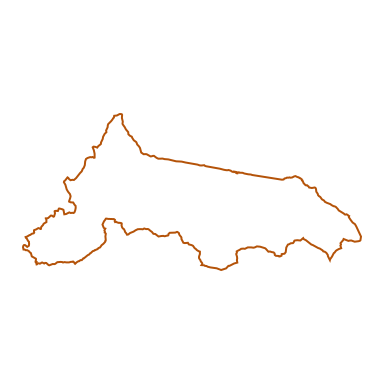 Cubarral, Meta, Colombia (Mercator projection)
{"feature_id": "7082276B4656793666603", "entity_name": "Cubarral", "entity_type": "district", "adm_level": 2, "iso_a3": "COL", "parent_name": "Colombia", "parent_adm1": "Meta", "projection": "mercator", "projection_center": [-74.097, 3.859], "detail": "fine", "context": "isolated", "style": "outline", "palette": "amber", "viewbox_px": 384, "rotation_deg": 0, "n_neighbors": 0, "source": "geoboundaries", "source_scale": "gbopen_adm2", "svg_char_len": 5961}
<svg xmlns="http://www.w3.org/2000/svg" viewBox="0 0 384 384"><path d="M349.1,216.2L348.7,216.2L348.1,215.3L346.6,214.3L345.3,214.6L344.7,214.4L343.9,213.6L338.7,210.4L337.8,209.0L335.8,206.9L334.5,206.3L333.6,206.2L331.4,205.0L330.5,204.2L326.8,202.8L324.9,201.8L324.1,200.6L321.9,199.3L320.3,197.0L318.8,196.0L318.0,195.0L317.7,193.7L316.3,191.7L316.0,189.0L315.4,187.8L314.6,187.5L311.9,188.0L309.1,187.5L308.5,186.4L307.6,185.8L307.3,185.4L306.9,185.2L306.2,185.4L305.8,185.3L305.0,184.7L304.2,183.7L303.7,183.4L302.5,180.5L301.9,180.4L301.8,179.4L300.9,178.7L300.1,178.1L299.5,178.1L298.7,177.3L297.5,177.1L295.5,176.1L294.2,176.4L292.1,177.5L290.4,177.7L289.6,177.4L288.4,177.7L287.0,177.6L285.9,178.2L284.5,178.5L283.6,179.5L282.0,179.7L252.2,175.0L250.8,174.5L248.3,174.3L244.3,173.5L242.6,172.8L239.3,172.7L239.0,172.3L238.2,172.3L237.8,172.5L237.5,173.3L236.9,173.3L236.4,173.1L236.7,172.4L236.6,172.1L235.4,171.8L234.2,172.1L233.8,171.5L232.9,171.9L231.6,171.4L230.8,170.7L228.5,170.0L227.8,170.2L226.3,170.2L224.0,169.8L219.8,168.7L206.4,166.3L205.2,166.0L204.2,165.2L201.5,165.5L199.8,165.4L197.5,164.6L185.5,162.5L181.6,161.6L176.1,161.3L168.3,159.4L164.5,159.1L162.7,158.6L158.3,158.7L156.5,157.8L154.0,155.9L152.9,155.9L151.6,156.3L150.5,156.4L146.8,154.3L145.9,154.1L143.6,154.2L141.2,152.5L140.0,148.0L139.0,146.4L137.2,144.5L136.4,142.3L135.9,141.8L133.8,140.3L132.2,137.8L131.8,136.7L130.0,135.8L128.4,134.3L128.2,132.1L125.9,129.4L124.7,127.1L122.7,124.3L122.5,123.5L122.8,121.8L122.6,120.8L121.9,118.0L122.1,114.9L121.7,114.2L120.1,114.0L119.5,114.1L116.9,115.5L114.2,115.8L113.9,117.6L113.0,118.4L112.6,119.3L111.1,121.2L108.2,124.1L107.8,125.3L107.6,127.3L106.1,130.5L106.4,132.2L104.7,133.8L103.1,136.8L102.7,139.0L101.0,142.5L100.9,143.9L100.7,144.2L98.3,146.1L97.2,147.6L95.8,147.0L94.1,146.7L93.4,146.7L92.7,147.3L93.9,150.4L94.6,153.8L94.6,157.6L94.0,157.8L92.5,157.0L91.3,157.3L90.2,157.1L87.5,158.0L86.0,159.0L85.2,161.3L84.8,165.2L83.7,167.9L82.8,168.8L81.7,171.4L80.1,173.0L76.1,178.1L73.9,180.0L72.5,179.8L70.5,180.2L68.9,178.9L68.3,177.9L67.5,177.4L65.2,180.4L64.1,181.3L63.9,182.2L65.4,184.8L66.7,189.4L68.1,191.8L69.9,194.0L70.6,196.2L70.2,198.0L69.1,201.2L69.1,201.6L70.6,202.3L73.2,202.5L74.5,204.7L75.6,205.9L75.7,207.9L75.2,210.4L74.4,212.4L73.5,213.0L72.4,212.8L70.7,213.0L69.3,212.4L66.1,214.0L64.3,214.3L63.5,210.0L62.7,209.4L59.5,208.5L59.0,208.5L58.8,208.7L57.9,211.0L56.1,210.8L54.7,211.1L54.6,211.4L55.0,213.3L54.1,216.4L53.4,216.7L51.8,215.6L50.8,215.6L48.2,218.0L47.2,218.3L45.8,218.3L45.8,218.6L46.4,219.4L46.4,222.1L44.0,223.5L43.5,224.0L42.9,225.2L41.7,226.4L41.2,227.1L40.9,228.9L40.4,229.0L39.5,228.4L38.3,228.1L36.2,229.4L34.2,230.1L34.0,230.3L34.0,231.6L34.2,232.6L33.7,233.3L31.8,233.8L30.3,234.9L29.5,235.1L27.0,236.6L25.6,237.0L25.8,237.7L26.9,238.7L27.9,240.7L28.9,241.7L29.1,244.0L28.9,245.7L27.2,246.9L25.3,245.2L24.2,245.0L23.8,245.2L23.3,245.9L23.0,247.2L23.5,249.5L24.6,249.5L25.7,250.2L27.2,250.2L28.8,251.1L30.0,252.5L30.9,253.1L31.8,256.4L35.9,258.7L36.0,259.5L35.5,261.9L35.7,262.2L36.4,261.7L36.7,261.9L36.4,263.4L36.6,264.4L37.0,264.3L37.6,263.5L38.8,263.3L39.9,263.7L40.9,263.2L41.4,262.7L42.2,262.5L44.2,263.5L45.1,262.9L46.3,263.0L48.6,265.1L49.3,265.3L52.7,264.0L54.5,264.1L55.3,263.8L57.3,262.2L60.7,261.9L62.4,262.1L63.0,262.5L64.5,262.1L66.4,262.4L69.0,262.4L71.1,261.8L72.4,261.9L73.0,261.5L74.4,262.6L74.5,263.2L75.1,263.8L76.8,262.2L78.5,261.2L79.1,261.2L80.5,260.1L81.8,260.1L83.4,258.3L83.8,258.4L87.7,255.2L89.3,254.4L90.0,253.4L90.7,253.1L92.7,251.2L94.2,250.7L94.8,250.1L95.4,250.1L96.6,249.4L97.5,249.2L98.4,248.1L100.1,247.4L101.6,245.2L103.4,243.8L105.1,241.9L105.2,241.1L105.5,241.0L105.7,240.7L105.7,239.4L105.4,236.4L105.8,233.7L105.1,232.7L104.7,232.5L104.9,231.6L104.4,230.4L105.3,228.6L104.3,228.3L103.7,227.7L102.5,224.6L104.0,221.3L105.4,219.5L105.8,218.7L106.6,218.6L108.0,218.9L113.9,219.1L114.9,219.8L114.7,221.3L115.1,222.1L116.2,221.8L117.1,222.4L118.9,222.9L119.8,222.8L121.5,223.2L121.8,223.9L121.5,225.1L122.0,227.1L122.8,228.4L123.9,229.1L124.7,230.6L125.0,231.8L126.4,233.5L127.0,234.7L128.2,234.5L130.1,233.0L133.6,231.6L135.5,230.3L137.8,229.2L141.0,229.1L142.8,229.3L144.2,228.5L146.1,229.1L147.8,229.0L148.6,229.3L150.5,230.9L151.9,231.9L153.4,233.8L155.3,234.0L158.5,236.5L161.4,236.0L163.5,235.9L164.3,236.2L165.0,236.2L167.0,235.6L167.8,235.6L168.3,235.3L168.5,234.0L169.7,232.8L175.3,232.6L177.0,231.9L177.5,232.0L179.0,233.2L179.1,234.1L179.7,235.3L181.1,236.9L181.4,237.5L181.5,239.2L183.4,242.8L184.9,243.1L187.9,242.8L188.8,244.4L191.6,245.1L193.0,245.8L194.6,248.1L196.2,249.3L196.7,250.0L198.7,251.2L199.9,251.6L199.9,254.1L199.1,256.3L199.0,257.6L199.2,258.5L200.3,260.0L200.9,261.6L201.7,262.4L202.3,263.4L202.2,264.0L201.5,265.1L204.2,265.3L205.0,265.9L206.5,266.0L207.6,266.7L210.3,267.4L216.7,268.3L221.1,270.0L226.1,268.4L228.4,265.9L229.4,265.9L234.1,263.5L237.3,262.6L236.9,260.1L237.2,258.4L237.0,256.7L236.2,254.0L236.9,252.7L236.7,251.4L237.3,251.0L239.7,249.8L241.2,248.8L243.2,248.6L244.9,248.8L247.8,247.4L251.2,247.4L253.4,247.7L254.8,247.4L256.9,246.4L260.1,246.7L265.0,248.2L265.7,248.7L268.4,251.7L270.0,251.5L271.8,252.1L273.6,252.4L274.6,253.4L274.8,255.0L275.9,255.8L278.9,256.0L279.2,256.5L280.0,256.4L281.5,255.7L281.7,254.1L284.5,253.7L285.7,252.2L286.3,247.5L287.9,244.6L289.2,244.2L290.7,243.3L293.0,243.1L293.7,242.3L294.4,240.7L294.8,240.5L297.2,240.2L300.4,240.5L303.2,238.1L303.7,239.1L305.9,240.2L311.3,244.5L312.9,245.1L318.3,248.1L319.7,248.5L322.6,250.4L323.3,251.4L324.7,251.7L326.3,252.8L327.8,255.0L327.9,256.1L329.9,260.1L330.1,259.3L332.0,256.6L333.8,253.1L334.5,252.7L335.9,250.8L336.9,250.1L338.9,249.0L341.2,248.2L340.4,245.5L341.0,244.6L340.5,243.2L343.2,240.1L343.6,239.0L348.4,240.9L349.6,240.6L351.3,240.5L354.7,241.7L358.6,241.2L359.9,240.8L360.4,240.3L361.0,236.6L356.3,226.5L355.0,224.2L352.6,222.5L350.7,220.0L348.9,217.3L349.1,216.2Z" fill="none" stroke="#b45309" stroke-width="2"/></svg>